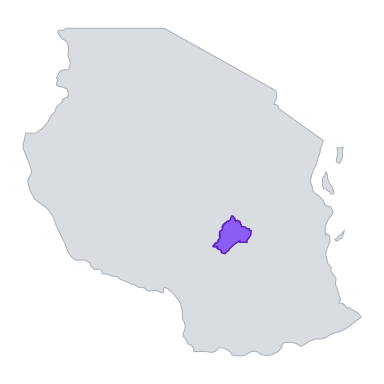 Kilolo, Iringa, United Republic of Tanzania shown in context
{"feature_id": "72390352B38467377597679", "entity_name": "Kilolo", "entity_type": "district", "adm_level": 2, "iso_a3": "TZA", "parent_name": "United Republic of Tanzania", "parent_adm1": "Iringa", "projection": "mercator", "projection_center": [36.065, -7.785], "detail": "fine", "context": "in_parent", "style": "filled", "palette": "violet", "viewbox_px": 384, "rotation_deg": 0, "n_neighbors": 0, "source": "geoboundaries", "source_scale": "gbopen_adm2", "svg_char_len": 7809}
<svg xmlns="http://www.w3.org/2000/svg" viewBox="0 0 384 384"><path d="M132.1,284.6L127.2,282.0L122.7,280.4L119.0,278.6L117.4,276.9L113.9,276.2L110.9,276.0L108.2,274.3L102.5,273.8L101.9,272.7L101.8,270.3L100.8,269.7L98.7,269.1L96.5,269.1L95.1,269.5L94.3,269.3L92.5,267.9L90.8,266.1L90.1,263.3L87.5,261.5L84.5,260.0L76.2,260.2L74.9,259.7L72.9,258.3L70.6,255.9L68.8,253.2L67.1,249.6L65.4,244.6L55.9,224.9L54.9,221.2L53.1,217.1L50.0,212.0L46.8,208.2L42.4,204.8L37.4,201.4L34.8,199.1L29.6,189.9L28.6,185.5L27.8,181.1L28.1,179.2L31.3,173.5L31.6,171.8L31.3,169.6L29.7,165.0L27.7,159.5L23.6,149.3L23.0,146.7L23.1,144.8L25.5,134.5L25.5,133.1L35.0,133.3L42.0,128.7L48.0,122.0L49.2,119.2L51.7,114.8L54.1,112.7L55.1,111.2L56.5,106.9L59.6,104.0L62.7,101.7L62.1,100.1L62.6,99.6L64.2,98.4L67.5,97.3L68.2,95.1L68.2,92.5L67.6,91.1L67.7,89.5L67.2,88.5L65.1,88.3L61.9,87.0L59.2,86.5L57.4,85.8L56.7,85.2L56.4,83.7L57.9,79.7L56.4,78.1L59.8,71.6L60.4,70.8L61.6,70.7L63.5,70.0L65.2,69.7L66.7,69.9L67.8,69.7L68.7,68.9L69.5,66.7L70.2,63.0L69.8,60.0L68.4,57.7L68.0,54.1L68.7,49.3L68.2,45.4L66.7,42.2L65.1,40.3L62.7,39.4L59.0,34.6L57.8,32.3L58.0,30.8L59.3,30.2L61.7,30.4L64.0,29.9L66.1,28.5L68.1,28.1L69.2,28.4L164.3,28.4L275.4,90.4L275.9,91.1L276.8,96.5L276.6,98.3L274.9,101.4L274.4,103.0L274.3,104.1L274.8,104.5L276.2,104.7L277.5,105.4L277.9,106.0L278.9,108.3L280.1,109.5L322.3,140.0L323.3,140.5L322.7,143.0L320.3,149.2L320.2,151.8L319.2,154.9L318.3,156.9L315.9,165.6L313.9,168.9L311.1,176.6L310.6,182.4L312.2,186.5L312.7,190.4L316.0,194.2L318.6,195.5L320.4,197.3L323.5,201.2L325.3,205.2L330.9,207.1L333.1,211.6L332.3,214.6L329.7,217.2L327.3,221.3L325.3,226.7L325.3,234.9L326.6,233.7L329.6,235.7L329.9,241.8L326.9,248.9L325.9,252.2L325.8,255.0L328.0,263.5L331.4,267.8L331.1,269.2L330.3,270.3L336.0,278.0L335.5,284.7L337.7,289.9L338.6,294.4L340.1,297.8L340.3,300.2L338.6,302.9L342.8,303.5L345.2,305.7L346.4,307.8L349.4,307.7L351.1,309.1L353.5,310.3L358.7,313.7L360.1,315.5L361.0,317.2L346.6,328.2L341.3,331.0L337.6,332.3L333.7,333.0L329.9,334.8L326.3,337.5L321.8,338.9L316.2,338.9L310.3,340.8L301.1,346.5L295.8,343.3L291.6,342.3L286.8,342.4L283.8,342.8L282.8,343.5L281.8,345.4L281.1,348.6L277.9,351.7L272.3,354.6L267.2,355.7L262.5,354.9L259.4,353.7L257.7,352.0L255.3,351.2L252.0,351.4L249.0,352.6L246.0,354.9L241.3,355.9L234.8,355.6L231.4,354.4L230.9,352.5L228.1,350.3L222.9,347.8L219.1,347.7L216.6,350.2L214.4,351.7L212.3,352.3L210.5,352.4L207.9,351.7L200.8,351.5L194.0,351.6L193.3,348.0L191.9,345.9L190.7,344.6L188.4,344.3L187.7,343.3L186.9,341.1L185.8,339.2L184.3,337.6L183.3,336.2L183.0,334.9L183.3,333.4L184.7,329.8L185.1,327.3L185.0,324.7L184.2,322.1L182.6,319.0L182.8,318.1L182.2,316.0L182.2,314.6L182.5,312.7L182.2,310.3L180.8,305.1L180.8,303.8L179.3,301.3L174.8,295.4L174.6,294.6L167.6,288.6L164.8,287.3L163.7,288.4L163.4,289.5L163.7,291.4L163.5,292.3L163.2,292.8L161.5,292.7L160.5,292.5L157.8,290.9L155.7,290.5L150.6,290.8L148.8,291.1L147.3,290.8L144.6,288.0L141.4,287.5L138.5,287.3L133.8,284.2L132.1,284.6ZM331.6,185.6L333.9,192.1L333.6,193.3L332.0,194.1L331.2,194.1L330.1,193.1L329.4,190.9L328.2,191.4L326.0,188.8L323.9,188.7L322.1,185.6L322.8,182.8L322.4,178.2L324.7,175.8L325.9,171.8L327.4,174.5L327.7,178.8L329.7,183.8L331.6,185.6ZM342.8,147.0L343.0,148.5L342.5,149.9L342.6,154.5L342.4,157.6L340.7,161.8L339.3,163.3L338.0,162.9L337.0,162.2L336.2,161.0L337.8,153.3L337.0,147.6L340.2,148.1L342.8,147.0ZM338.1,240.7L336.5,241.1L335.9,240.7L334.9,239.5L336.6,238.4L338.3,236.3L342.2,233.2L344.1,230.7L343.8,233.1L341.6,238.4L339.7,238.7L338.1,240.7Z" fill="#d9dde1" stroke="#a8b0b8" stroke-width="1"/><path d="M231.6,216.0L231.5,216.6L231.3,217.0L231.0,217.8L230.8,218.2L230.7,218.7L230.7,218.9L230.5,219.3L230.3,219.5L230.2,219.7L230.0,220.1L229.8,220.4L229.6,220.5L228.8,220.8L228.3,221.1L227.6,221.3L227.1,221.4L226.8,221.6L226.6,221.7L226.5,221.8L226.2,222.3L225.7,222.8L225.0,223.1L224.9,223.3L224.6,223.5L224.2,223.8L223.9,224.1L223.8,224.3L223.7,224.4L223.4,224.5L223.3,224.8L223.2,224.8L223.2,225.0L223.2,225.4L223.1,225.5L223.0,225.8L222.9,225.8L222.9,226.0L222.9,226.3L222.9,226.5L222.4,226.8L222.2,226.9L222.0,227.1L222.2,227.3L222.3,227.4L222.4,228.0L222.5,228.3L222.5,228.5L222.4,228.7L222.3,229.0L222.2,229.3L222.0,229.5L221.9,229.8L221.7,230.0L221.0,230.7L220.8,230.8L220.6,230.9L220.4,230.9L220.2,231.0L219.9,231.6L219.7,231.9L219.5,232.3L219.5,232.5L219.6,232.8L219.8,232.9L219.8,233.1L220.0,233.5L220.0,233.8L220.1,234.0L219.9,234.1L219.7,234.2L219.6,234.3L219.4,234.6L219.4,234.9L219.4,235.2L219.5,235.2L219.6,235.3L219.8,235.2L219.9,235.3L219.7,235.5L219.7,235.8L219.8,235.8L219.7,236.1L219.8,236.1L219.9,236.3L219.9,236.7L220.0,236.7L220.0,236.8L219.9,236.9L219.9,237.0L220.0,237.1L220.0,237.3L220.1,237.6L220.0,237.8L219.9,238.0L219.8,238.3L219.5,238.3L219.5,238.5L219.3,238.7L219.4,238.8L219.2,239.0L218.9,239.2L218.7,239.4L218.7,239.5L218.2,240.0L218.1,240.3L218.1,240.5L218.3,240.9L218.5,241.2L218.5,241.3L218.4,241.3L218.5,241.4L218.5,241.5L218.3,241.7L217.9,241.8L217.7,242.0L217.5,242.3L217.4,242.4L217.2,242.6L216.8,242.6L216.7,242.6L216.4,242.8L216.2,242.8L215.8,242.9L215.8,243.0L215.7,243.0L215.7,243.3L215.3,243.4L214.9,243.6L214.6,243.8L214.6,244.0L214.6,244.3L214.5,244.7L214.4,244.9L214.2,244.9L214.1,245.1L213.9,245.1L213.6,245.3L213.5,245.5L213.4,245.6L213.1,245.7L213.1,245.9L213.1,246.0L213.0,246.3L213.1,246.5L213.3,246.5L213.6,246.7L213.8,246.6L214.1,246.8L214.3,246.9L214.5,246.8L214.8,247.0L215.0,247.0L215.1,246.9L215.3,246.9L215.5,246.9L215.8,246.9L216.1,246.8L216.3,246.9L216.6,246.7L217.0,246.5L217.1,246.4L217.3,246.5L217.4,246.8L217.3,247.0L217.6,247.2L217.7,247.6L217.6,247.9L217.6,248.0L217.7,248.3L217.5,248.5L217.2,248.5L217.3,248.7L217.5,248.8L217.9,248.9L218.0,249.0L219.2,249.6L219.7,249.6L219.8,249.6L220.2,249.8L220.4,249.9L220.6,250.1L220.9,250.2L221.0,250.2L221.1,250.3L221.3,250.4L221.3,250.7L221.2,250.9L221.3,251.1L221.2,251.3L221.2,251.8L221.2,252.1L221.3,252.2L221.4,252.4L221.5,252.7L221.6,252.8L221.8,252.8L222.1,252.9L222.4,253.0L222.5,253.1L222.8,253.2L223.3,253.3L224.0,253.4L224.2,253.5L224.4,253.5L225.0,253.7L225.8,252.8L226.2,252.3L226.6,252.0L227.1,251.7L227.8,251.1L228.1,250.9L228.8,250.2L229.0,249.9L229.4,249.3L229.7,248.7L229.8,248.5L230.6,247.6L231.3,246.9L231.8,246.5L233.7,244.8L234.7,244.0L235.2,243.8L235.7,243.4L236.9,242.6L237.4,242.3L238.1,241.9L239.6,240.8L239.6,242.2L240.2,242.3L241.7,242.3L242.5,242.2L246.5,242.2L247.1,242.2L247.0,241.9L246.9,241.8L246.8,241.7L246.8,240.8L247.0,240.4L247.2,240.1L247.5,239.7L248.1,239.0L248.2,238.8L249.3,237.1L250.2,235.8L250.3,235.6L250.5,235.2L250.7,234.8L250.9,234.6L250.9,234.3L250.8,234.2L250.8,233.9L250.8,233.3L251.2,230.9L251.2,230.6L250.8,230.6L250.1,230.6L249.6,230.6L249.4,230.5L249.4,230.1L249.5,229.4L249.5,229.0L249.4,228.9L249.2,229.0L248.8,229.0L248.4,228.8L248.1,228.8L247.8,228.6L246.6,228.5L246.2,228.3L245.9,227.7L245.7,227.4L245.4,227.1L245.1,227.0L244.8,227.1L244.3,227.2L243.7,227.0L243.2,226.5L242.2,226.7L241.9,226.8L241.6,226.8L241.4,226.7L241.4,226.3L241.4,226.1L241.3,225.9L241.3,225.4L241.1,225.2L241.0,224.4L240.9,224.2L240.4,223.4L240.1,223.4L240.1,223.1L240.1,222.9L240.1,222.4L240.2,222.2L240.1,221.9L239.8,221.5L239.5,221.5L239.3,221.4L239.2,221.2L238.9,221.2L238.7,221.2L238.4,220.9L238.2,220.9L237.8,220.7L237.7,220.6L237.6,220.4L237.4,220.4L237.2,220.6L236.8,220.8L236.6,220.9L236.3,220.9L236.2,220.9L235.9,220.9L235.9,221.0L235.7,221.1L235.5,220.9L235.4,220.8L235.2,220.7L235.2,220.4L235.3,220.4L235.3,220.2L235.1,220.1L235.3,219.9L235.3,219.5L235.3,219.4L235.1,219.0L235.0,218.9L234.9,218.7L234.7,218.5L234.7,218.3L234.7,218.2L234.4,218.2L234.2,218.1L234.0,217.9L233.9,217.7L233.8,217.4L233.6,217.3L233.5,217.1L233.4,216.9L233.4,216.6L233.1,216.2L232.6,216.0L232.1,216.0L231.8,216.0L231.6,216.0Z" fill="#8b5cf6" stroke="#5b21b6" stroke-width="1.5"/></svg>